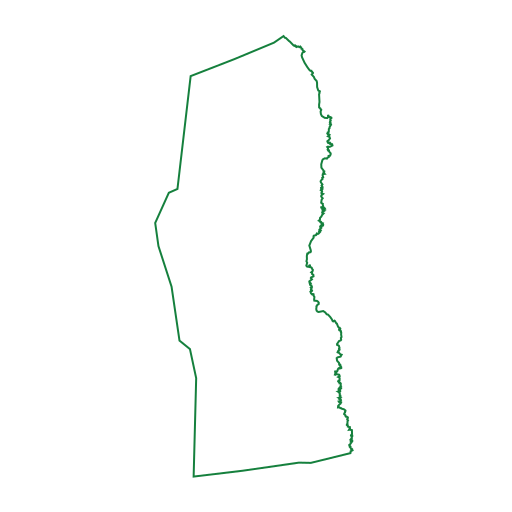 Hamahamet-Mboinkou, Andjazîdja, Comoros (orthographic projection), rotated 351°
{"feature_id": "10938185B70444296254874", "entity_name": "Hamahamet-Mboinkou", "entity_type": "district", "adm_level": 2, "iso_a3": "COM", "parent_name": "Comoros", "parent_adm1": "Andjazîdja", "projection": "orthographic", "projection_center": [43.406, -11.482], "detail": "fine", "context": "isolated", "style": "outline", "palette": "green", "viewbox_px": 512, "rotation_deg": 351, "n_neighbors": 0, "source": "geoboundaries", "source_scale": "gbopen_adm2", "svg_char_len": 6119}
<svg xmlns="http://www.w3.org/2000/svg" viewBox="0 0 512 512"><g transform="rotate(351 256 256)"><path d="M319.2,465.4L318.6,465.3L318.9,463.7L320.7,463.1L320.0,462.2L320.7,461.8L320.3,461.2L319.8,461.0L318.8,459.3L319.4,458.8L318.5,457.8L318.6,457.1L319.4,456.8L322.2,453.9L322.2,453.7L320.9,453.7L321.4,453.0L320.5,452.3L321.0,451.8L321.8,452.0L322.1,451.6L321.8,450.9L323.0,448.9L323.0,448.5L321.7,448.3L321.7,448.0L323.0,446.8L323.5,443.0L322.2,442.5L322.1,442.2L320.7,442.2L321.9,440.6L321.9,439.7L321.2,439.7L320.6,438.9L320.0,438.8L320.1,437.4L319.3,437.1L319.4,436.5L320.1,435.9L320.5,433.7L321.2,432.7L320.5,431.8L320.5,431.4L321.4,430.4L321.5,429.8L320.5,428.9L319.8,428.9L319.4,428.4L319.4,427.3L318.3,425.9L318.6,425.2L319.5,424.4L319.5,423.7L320.2,423.0L320.2,422.6L318.8,421.1L316.9,420.3L316.3,419.6L315.5,419.5L314.7,418.5L313.3,418.4L313.7,416.9L315.4,415.5L316.3,415.1L317.1,414.0L315.0,413.0L314.9,412.6L316.7,412.6L317.2,412.2L316.9,411.7L317.2,411.2L316.0,410.3L316.7,409.8L315.6,409.0L316.9,408.8L316.5,408.5L317.5,407.9L317.5,407.0L316.9,406.7L317.3,404.7L316.9,404.4L316.9,403.8L315.8,402.8L318.0,402.7L318.1,401.5L316.7,401.1L316.7,400.3L317.3,399.9L318.7,400.2L319.4,400.1L319.5,399.8L319.2,399.4L317.8,399.5L317.8,399.1L319.6,397.9L319.3,397.3L319.8,395.2L319.5,394.7L318.9,394.7L319.1,394.2L318.7,393.8L318.2,393.9L317.5,392.6L318.0,392.0L319.1,391.9L319.5,389.8L319.3,389.1L318.3,388.4L319.9,387.7L319.6,386.3L316.6,385.1L316.3,385.1L315.9,385.7L315.4,385.5L316.1,384.2L317.1,383.4L316.0,382.7L316.1,382.4L318.0,382.6L318.5,382.2L319.1,380.7L320.0,379.8L320.4,379.7L320.8,380.1L321.5,379.5L322.1,380.2L322.7,380.0L322.8,379.0L321.7,377.3L322.3,376.9L321.8,376.0L321.2,375.9L321.3,374.6L319.7,372.1L319.7,369.5L320.6,368.9L323.8,368.6L325.1,366.9L324.0,366.4L323.0,364.8L321.5,363.9L322.1,362.8L323.0,362.6L323.1,361.9L323.9,361.6L323.9,361.1L323.5,360.9L323.5,360.3L324.1,359.7L323.8,357.6L323.3,357.1L322.3,356.7L322.2,355.7L324.7,353.0L326.5,352.6L327.0,352.1L327.0,350.2L327.8,349.4L327.8,346.7L328.2,345.1L327.9,344.4L328.2,343.7L327.6,342.2L326.8,342.5L326.5,342.0L326.6,341.5L327.8,340.8L327.4,340.0L326.9,340.0L326.0,338.7L325.3,335.4L324.8,335.1L323.7,332.4L323.4,332.1L322.0,332.7L321.4,332.0L321.1,330.6L319.8,327.9L318.0,325.2L316.7,324.6L315.6,322.6L313.8,320.9L309.1,321.1L308.0,320.5L307.3,319.4L307.2,317.8L307.8,315.8L307.8,315.1L308.3,314.8L309.0,313.8L310.3,313.4L310.7,312.1L310.2,310.9L309.2,309.9L306.6,309.2L306.6,307.9L307.3,305.6L306.6,303.9L306.9,302.8L306.3,302.4L305.4,302.7L304.5,301.5L304.2,299.7L305.9,299.2L306.0,299.0L305.4,297.8L305.0,297.8L305.0,297.5L305.9,296.4L305.3,295.8L306.4,295.2L306.1,293.8L305.5,293.7L304.9,292.9L304.9,292.4L305.8,291.6L305.3,291.0L305.0,291.2L304.7,291.0L304.7,289.4L307.6,287.8L306.7,286.3L307.0,285.8L309.6,285.1L309.7,283.6L308.6,282.6L308.8,281.5L308.0,280.8L309.6,279.7L310.0,278.6L309.3,277.3L309.2,276.3L308.8,275.9L307.2,275.3L307.2,274.8L307.8,274.5L307.8,273.7L307.3,273.6L306.2,274.8L305.7,274.8L304.6,274.3L304.2,273.4L305.5,270.7L305.0,269.1L305.8,267.1L306.2,264.0L306.9,261.9L307.2,261.5L308.0,261.7L308.8,260.7L310.4,260.8L310.9,260.2L311.0,259.1L310.3,254.0L311.9,251.3L312.7,249.9L315.8,246.9L315.9,245.5L316.2,245.0L318.5,244.8L319.0,244.0L319.5,244.0L319.7,243.3L321.1,243.8L323.0,242.3L322.1,241.7L322.3,241.3L323.9,240.7L323.7,240.4L322.7,240.6L322.7,239.9L325.0,238.4L325.0,237.8L324.7,237.5L324.0,237.5L324.0,236.9L324.8,236.8L324.9,236.1L325.2,235.9L325.5,236.8L327.0,236.4L327.3,235.5L327.2,235.1L326.3,235.2L326.1,234.9L326.9,234.1L326.2,233.8L326.0,233.3L325.2,233.2L324.9,232.8L325.3,232.2L323.6,230.9L324.8,230.1L325.2,228.4L326.8,227.2L327.5,226.0L329.3,224.6L328.4,224.2L328.1,223.6L328.3,223.0L330.4,222.1L329.8,221.8L330.0,221.3L329.7,220.9L328.9,221.1L328.8,220.2L329.4,220.0L330.8,220.6L331.6,220.3L331.2,219.4L329.1,219.0L328.0,218.4L328.1,218.0L330.3,218.2L329.9,215.7L330.2,215.0L328.7,213.6L329.7,210.5L330.9,209.4L329.8,207.6L329.7,207.1L330.1,206.3L332.0,205.2L330.5,204.3L330.5,203.8L331.4,202.7L331.4,202.2L330.3,201.1L330.7,200.7L331.6,200.6L332.2,200.2L332.2,199.9L330.9,199.4L330.9,198.8L332.5,198.2L331.8,196.6L332.8,195.7L331.6,193.4L331.5,192.3L332.6,191.1L333.8,190.3L333.6,189.2L334.7,188.7L334.4,186.9L334.9,185.6L336.6,185.6L336.3,185.2L335.5,185.0L336.3,184.3L336.6,183.4L335.9,183.3L336.2,182.4L334.4,179.0L334.8,175.6L336.5,171.8L337.2,171.0L339.2,170.3L341.3,170.9L341.9,170.1L343.3,169.7L343.4,168.5L344.9,168.5L345.7,167.1L345.8,166.3L344.6,164.3L344.6,163.2L343.8,163.2L343.4,162.1L343.9,161.5L343.9,160.4L343.4,159.5L344.2,159.2L345.2,159.7L346.4,159.6L348.8,158.8L348.7,157.5L346.5,156.8L346.3,156.4L346.9,155.8L346.7,155.5L345.4,155.4L345.2,155.7L344.8,155.5L344.4,154.0L344.5,153.7L345.9,153.0L347.5,151.4L347.1,149.4L346.4,149.4L345.8,149.0L347.6,147.8L347.1,147.2L345.9,146.8L345.7,146.4L346.2,146.2L346.0,145.6L346.1,145.2L347.3,144.8L347.8,142.0L348.7,141.2L348.7,140.3L349.6,139.4L349.7,138.8L350.7,138.1L350.5,137.3L349.8,137.1L350.3,136.5L349.9,135.9L350.5,135.4L350.2,134.7L351.0,133.7L350.6,133.1L351.1,132.0L352.1,131.5L352.1,131.1L351.2,130.4L350.3,130.4L349.9,130.0L349.5,128.7L349.1,128.7L348.9,130.1L348.0,130.9L345.5,130.3L342.9,128.0L342.3,125.9L342.4,123.4L343.3,121.9L342.8,121.3L342.8,120.5L341.6,119.2L342.0,116.3L342.8,113.8L343.6,106.1L344.1,105.4L344.0,104.8L344.8,103.7L344.8,103.2L343.6,102.5L343.3,101.8L342.8,98.7L343.4,94.4L343.3,92.7L341.6,90.1L341.2,88.2L339.4,85.5L340.9,84.2L340.9,83.9L340.3,83.4L340.3,82.8L339.6,82.2L339.6,81.7L338.6,81.5L337.8,80.5L336.3,77.6L334.2,72.7L332.6,67.1L332.4,65.0L333.5,62.8L334.5,61.9L335.5,62.0L335.9,61.7L334.2,59.9L334.2,58.8L333.3,58.4L333.3,57.1L332.7,56.8L332.5,56.1L331.4,56.5L330.8,55.7L329.6,55.6L328.8,56.0L328.4,55.7L328.6,55.1L328.0,54.5L327.7,55.0L327.1,54.6L327.1,54.0L326.1,54.0L322.9,49.4L322.3,48.9L319.6,45.3L318.7,45.0L317.6,43.1L307.1,48.1L265.3,58.2L219.6,68.1L188.9,177.5L179.8,179.9L161.6,207.6L161.2,231.0L167.8,273.1L167.2,327.6L176.2,337.6L177.8,367.3L159.9,464.1L209.3,466.0L266.0,466.8L277.8,468.9L319.2,465.4Z" fill="none" stroke="#15803d" stroke-width="2"/></g></svg>